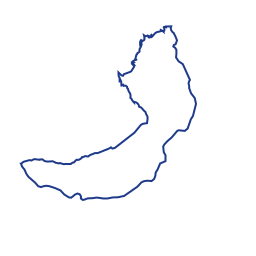 map outline of Antalya (Equal Earth projection), rotated 133°
{"feature_id": "TUR-2271", "entity_name": "Antalya", "entity_type": "Province", "adm_level": 1, "iso_a3": "TUR", "parent_name": "Turkey", "parent_adm1": "", "projection": "equal_earth", "projection_center": [30.734, 36.761], "detail": "fine", "context": "isolated", "style": "outline", "palette": "blue", "viewbox_px": 256, "rotation_deg": 133, "n_neighbors": 0, "source": "natural_earth", "source_scale": "10m", "svg_char_len": 3558}
<svg xmlns="http://www.w3.org/2000/svg" viewBox="0 0 256 256"><g transform="rotate(133 128 128)"><path d="M227.1,181.9L226.9,181.7L224.6,181.5L223.5,181.1L218.8,178.2L218.2,177.5L217.7,176.5L216.7,176.1L215.4,175.7L214.4,175.0L211.5,170.9L211.0,170.9L210.7,170.5L209.6,169.6L209.3,169.2L209.1,166.9L208.9,166.1L207.4,163.9L203.7,160.4L202.9,158.1L202.8,157.4L202.6,156.9L201.9,155.9L201.2,154.6L201.0,154.3L200.2,154.0L200.0,153.9L198.9,151.4L198.1,150.1L197.2,149.5L193.5,145.4L193.0,145.2L192.5,145.1L191.8,145.1L191.1,144.9L190.6,144.6L190.3,144.2L189.9,144.0L187.5,144.1L186.2,143.9L185.7,143.1L185.0,142.4L183.4,141.8L181.7,141.5L180.6,141.7L180.1,141.1L177.7,140.1L176.5,138.3L175.7,137.5L175.0,137.6L173.7,137.3L169.0,135.1L168.0,134.2L167.1,133.1L155.6,127.7L153.8,127.3L153.7,125.4L151.5,124.0L127.0,120.1L117.0,120.7L115.3,120.2L114.0,119.4L111.5,117.4L108.0,119.9L106.3,121.6L105.5,124.1L104.7,125.6L104.4,126.2L104.4,128.7L104.1,131.3L104.1,132.8L104.8,134.0L104.8,134.5L104.3,135.2L103.9,135.8L103.7,136.6L103.5,137.8L103.7,139.3L104.0,140.1L104.5,140.8L104.8,141.7L105.2,141.2L105.1,142.9L104.2,145.7L104.4,146.7L102.3,148.5L101.4,149.8L100.6,152.7L99.3,154.9L99.4,155.6L98.5,156.9L98.6,158.3L99.3,159.5L100.2,160.0L99.7,161.2L101.3,161.8L100.4,162.9L98.8,164.5L98.1,166.1L98.5,166.1L98.8,165.8L98.9,166.0L99.4,166.1L98.7,166.8L97.9,167.5L97.1,168.2L96.5,170.1L95.6,171.1L93.9,172.8L94.0,169.4L93.7,167.9L93.0,167.2L91.5,167.7L85.1,164.5L83.8,164.4L79.2,165.3L78.6,166.0L78.4,167.2L78.3,168.9L77.9,168.9L77.9,168.3L77.5,167.2L77.1,168.8L77.1,169.5L76.2,168.9L76.3,169.4L76.2,170.0L73.9,169.5L73.5,169.2L73.0,168.8L72.4,168.5L71.6,168.9L72.9,168.9L72.9,169.5L68.7,171.8L67.8,171.7L67.1,172.1L66.4,172.1L65.7,171.8L64.9,171.7L64.3,171.7L64.0,171.9L63.2,172.8L62.2,173.4L59.9,174.0L59.0,174.4L59.2,174.5L59.4,174.5L59.5,174.6L59.4,175.0L58.8,175.0L57.3,175.5L57.3,176.1L58.6,176.1L57.8,177.0L56.9,177.7L55.9,178.2L54.8,178.4L54.8,177.8L55.2,177.5L55.3,177.2L55.5,177.0L55.7,176.7L54.9,176.8L54.7,176.9L54.4,177.3L53.7,176.4L53.0,176.2L52.2,176.3L51.5,176.7L51.3,177.0L51.2,177.3L51.0,177.6L50.4,177.8L50.3,178.0L49.3,179.5L49.1,177.8L47.0,176.7L46.4,175.0L47.2,175.5L47.6,175.0L47.5,174.3L47.0,173.9L43.9,174.4L43.9,173.9L44.5,173.6L45.1,173.4L45.7,173.3L46.4,173.3L45.1,172.7L40.1,172.8L38.5,172.4L34.7,170.0L33.9,170.8L33.6,170.0L33.4,167.8L33.0,168.4L32.8,168.2L32.6,167.9L32.2,167.8L31.6,168.1L31.3,168.3L31.2,168.5L30.9,168.9L30.5,169.3L30.3,169.9L30.1,170.4L29.6,170.6L29.1,170.2L28.7,169.4L28.4,168.9L27.9,169.5L24.2,165.7L25.9,164.8L27.0,163.1L27.5,161.0L27.4,159.9L27.4,159.0L28.0,157.8L28.4,156.4L30.5,151.9L34.3,150.3L36.1,151.1L37.5,150.4L37.2,148.2L37.8,146.0L40.6,143.3L43.6,141.0L44.7,136.5L43.9,131.5L50.6,115.5L52.4,115.1L54.0,114.2L55.5,112.0L57.2,110.3L59.6,105.6L60.6,99.5L64.0,94.7L74.9,88.7L78.7,88.0L87.7,84.0L91.4,84.5L95.1,89.4L96.6,90.0L105.0,89.6L110.6,90.2L115.3,90.2L117.6,89.6L121.3,85.3L122.4,81.9L126.7,78.0L132.0,80.3L138.3,78.0L141.6,77.4L144.5,75.3L147.5,74.1L150.8,74.6L152.1,76.4L153.5,78.0L155.9,80.0L158.6,81.1L164.6,81.1L180.3,84.5L185.4,88.0L189.3,91.9L193.6,95.0L196.7,98.4L199.4,102.4L201.1,104.2L203.0,105.6L207.1,109.6L209.5,110.7L211.4,111.9L211.7,114.4L210.1,115.7L209.4,118.1L210.4,120.3L213.0,121.4L215.8,121.7L217.8,122.1L219.1,124.0L220.1,129.4L219.7,134.9L221.8,140.7L224.4,146.2L226.1,148.5L228.1,150.0L230.6,151.4L231.8,154.0L231.3,158.7L231.6,167.6L230.7,171.5L229.7,173.6L228.9,175.7L228.7,177.8L228.2,179.8L227.3,181.3L227.1,181.9Z" fill="none" stroke="#1e3a8a" stroke-width="2"/></g></svg>